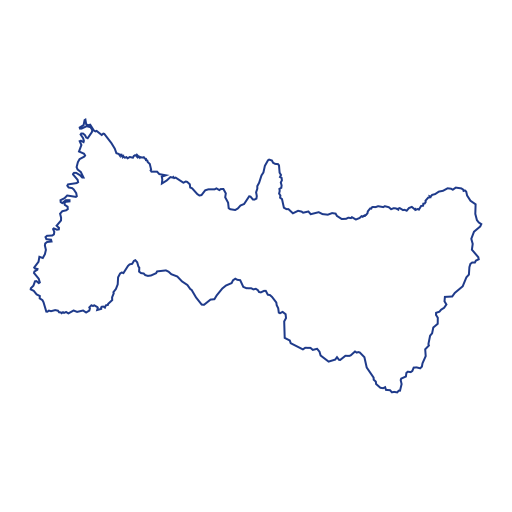 Buga, Valle del Cauca, Colombia (Robinson projection)
{"feature_id": "7082276B89105760254188", "entity_name": "Buga", "entity_type": "district", "adm_level": 2, "iso_a3": "COL", "parent_name": "Colombia", "parent_adm1": "Valle del Cauca", "projection": "robinson", "projection_center": [-76.07, 3.856], "detail": "fine", "context": "isolated", "style": "outline", "palette": "blue", "viewbox_px": 512, "rotation_deg": 0, "n_neighbors": 0, "source": "geoboundaries", "source_scale": "gbopen_adm2", "svg_char_len": 5986}
<svg xmlns="http://www.w3.org/2000/svg" viewBox="0 0 512 512"><path d="M422.5,363.3L425.7,356.1L425.2,349.3L428.9,345.5L428.4,344.1L430.1,335.7L432.1,333.3L433.3,327.5L437.7,323.8L437.8,317.8L436.0,314.9L436.1,312.8L439.4,311.7L441.1,309.7L444.1,307.8L446.4,304.5L444.5,301.3L444.9,296.9L452.2,296.5L454.8,292.9L462.7,286.3L466.4,277.3L468.9,274.6L469.4,267.1L470.4,263.9L472.2,262.5L474.9,262.5L475.9,260.6L478.7,259.3L478.3,257.2L471.9,249.7L472.7,243.9L471.3,238.8L474.0,231.7L480.2,226.5L481.3,224.1L478.8,222.5L476.9,220.1L475.3,213.9L475.6,204.3L470.5,200.8L467.1,195.5L466.2,191.6L465.0,190.5L463.6,190.9L463.3,189.7L461.3,188.4L455.8,187.6L452.8,189.7L451.0,188.7L447.6,188.3L443.0,190.8L438.9,191.6L435.1,194.1L432.1,194.9L430.7,196.6L429.8,196.3L430.2,197.3L428.2,197.6L425.5,200.7L425.7,202.0L424.7,203.5L423.3,203.7L423.1,205.7L421.1,206.0L418.9,209.6L417.9,209.0L415.5,209.9L415.3,209.0L414.7,209.3L411.8,206.9L409.0,208.0L406.7,210.7L404.5,209.8L403.0,210.1L399.7,208.1L398.3,208.6L398.2,209.6L395.9,208.4L393.7,208.2L391.1,209.2L388.8,207.2L384.8,206.2L383.3,207.1L378.1,206.2L375.7,207.1L372.7,207.0L371.7,207.5L371.3,208.6L370.1,208.5L367.8,211.4L367.5,213.2L366.0,215.0L364.7,215.3L364.7,216.0L363.3,216.0L362.7,216.8L361.5,216.2L359.6,218.0L355.9,219.5L351.9,217.2L351.0,218.1L348.3,217.7L346.1,218.8L341.7,219.0L336.9,215.9L335.6,213.6L332.1,213.1L327.8,214.7L322.5,214.1L318.7,212.2L310.7,214.2L308.4,211.5L303.1,212.7L301.6,211.6L298.1,210.8L292.9,213.3L288.4,209.1L286.4,209.1L283.9,207.7L282.0,199.1L280.1,197.7L280.4,195.5L279.1,193.6L279.7,190.9L279.4,188.9L281.3,187.8L281.6,185.4L280.8,182.5L281.9,180.3L281.6,177.9L280.0,177.0L281.0,175.0L279.6,172.7L279.0,165.4L278.0,164.1L275.2,163.9L273.1,162.8L271.9,160.5L269.1,159.6L268.0,160.3L264.9,165.8L263.4,172.5L261.5,175.4L259.1,182.8L257.3,186.1L257.3,188.7L256.1,192.3L256.8,196.1L256.4,198.6L254.4,199.6L252.9,199.5L250.5,196.6L249.2,196.3L244.1,204.0L240.5,205.5L237.8,208.5L235.2,210.0L230.2,209.2L228.7,208.2L228.1,202.7L225.2,197.3L225.8,193.4L223.4,189.0L220.6,189.1L219.4,190.1L216.4,188.4L214.7,189.3L208.5,189.3L205.2,190.3L201.5,195.1L199.4,195.5L197.3,194.1L192.1,188.3L190.2,187.5L189.8,184.3L187.2,181.9L185.8,181.5L183.4,182.7L175.6,177.6L174.2,178.1L173.3,177.0L172.8,177.6L170.4,177.1L166.7,180.5L161.9,183.5L162.3,179.6L161.8,176.7L165.8,175.3L159.3,174.1L157.1,171.7L151.5,171.7L150.6,170.4L151.1,169.5L149.8,164.0L147.7,162.0L147.3,160.5L146.0,160.2L145.9,158.8L144.6,158.5L143.8,157.2L142.1,157.6L140.6,157.1L139.9,157.8L139.0,156.6L137.7,157.5L136.8,156.5L138.0,156.0L136.9,154.8L136.5,155.5L135.1,155.2L133.8,156.0L132.9,157.7L129.8,157.0L127.6,158.3L126.4,157.1L124.9,157.7L123.6,156.6L123.1,157.0L123.1,155.8L121.9,156.2L121.5,154.7L120.0,154.7L119.9,155.6L118.8,154.0L116.4,153.2L114.8,148.7L111.4,143.1L104.3,133.9L103.3,133.6L101.7,135.0L96.6,130.9L95.5,131.4L93.9,130.6L90.2,124.7L88.1,125.2L86.2,124.3L85.4,119.6L84.6,120.1L83.6,125.1L79.7,127.5L80.0,128.6L81.5,128.6L86.7,126.2L90.5,127.2L92.3,130.0L91.9,132.1L87.7,138.2L86.2,137.5L85.0,135.2L83.1,133.6L81.3,133.5L80.6,134.5L83.1,138.1L83.9,140.9L83.5,142.1L80.9,140.7L79.7,141.2L81.4,145.0L79.0,151.5L84.0,153.7L85.1,155.5L84.3,156.6L79.6,159.1L77.9,162.1L76.6,167.1L77.6,169.5L80.8,172.0L83.5,177.5L82.2,177.5L80.0,175.2L76.2,172.9L74.0,172.9L73.2,173.7L73.0,174.4L77.6,179.8L78.1,182.2L76.6,183.1L68.0,184.4L67.3,185.7L68.6,187.5L72.1,188.1L73.7,189.4L76.2,193.1L76.8,196.2L75.9,196.9L67.2,195.5L64.5,198.2L60.5,200.2L60.7,202.1L62.3,203.1L65.8,200.2L69.5,200.2L69.5,201.4L65.8,201.8L64.3,203.2L64.8,204.9L67.6,206.7L67.8,209.1L66.2,210.3L62.3,211.2L60.1,213.7L61.1,217.8L61.0,220.5L56.6,225.7L59.0,227.9L58.8,229.4L56.9,229.7L53.8,228.4L53.1,229.1L54.3,231.9L53.9,234.4L52.3,235.5L47.0,235.8L45.5,237.1L46.4,239.2L51.0,239.7L51.5,241.5L47.1,242.0L45.2,243.5L44.9,245.5L45.9,249.9L44.9,254.2L42.8,258.0L39.4,256.8L38.5,261.8L34.2,267.5L34.8,268.4L37.5,269.0L37.3,269.8L34.4,271.5L34.0,273.0L38.7,278.7L39.8,282.4L38.8,283.1L36.4,281.1L35.0,281.3L33.4,285.7L30.9,288.2L30.7,289.4L33.7,290.8L36.6,294.4L39.8,296.0L39.7,298.4L42.4,300.1L43.5,302.2L46.3,311.6L47.4,311.7L48.9,310.6L51.0,311.2L55.2,310.1L58.0,310.7L59.1,312.3L60.8,312.4L61.6,313.2L63.0,312.2L64.0,312.9L66.1,312.0L68.4,313.4L73.6,310.5L77.1,311.9L83.1,310.5L86.1,312.5L89.3,310.6L89.9,308.6L89.3,307.4L91.4,305.3L93.0,306.0L94.2,305.3L97.4,307.1L97.8,307.8L97.2,310.0L101.2,308.9L101.2,307.3L101.9,306.7L103.5,306.6L104.9,307.6L105.8,305.4L107.9,304.9L108.1,303.9L112.2,300.1L112.1,297.3L113.7,293.4L113.4,292.2L115.9,289.0L117.7,284.4L118.1,277.3L120.1,273.5L121.8,272.5L123.4,273.1L128.0,265.9L129.6,264.4L132.2,263.8L133.9,260.9L135.3,260.2L137.2,262.3L138.4,266.5L139.3,267.7L139.1,271.6L141.0,273.1L143.7,273.5L145.2,275.1L147.9,275.9L151.0,275.5L156.1,273.2L157.1,271.4L165.9,270.4L168.6,271.7L171.3,274.2L177.3,276.5L182.0,281.4L187.4,285.0L190.3,289.1L191.6,289.9L196.0,297.4L201.7,304.6L204.0,304.8L210.5,299.6L214.4,299.2L216.7,295.4L222.3,288.5L226.0,285.5L231.6,283.1L233.0,280.3L235.3,278.7L237.3,279.8L240.2,280.2L243.3,286.9L246.4,288.2L251.3,288.3L253.4,289.4L255.8,288.8L257.9,290.2L259.0,292.0L260.8,292.4L264.0,290.9L265.8,290.9L267.8,294.7L270.0,295.1L272.1,297.0L276.3,302.5L276.7,305.2L278.2,308.2L278.8,312.6L280.0,313.2L282.6,311.9L285.6,314.2L286.0,318.1L284.2,321.4L284.7,337.9L289.8,340.5L290.7,343.2L302.9,349.4L305.2,347.8L310.5,347.9L312.8,349.9L317.1,348.8L319.5,351.7L320.6,355.5L328.6,361.6L335.2,359.6L337.0,357.2L339.0,359.8L340.1,360.0L345.4,355.8L349.4,355.9L350.8,355.3L355.0,351.5L356.7,352.6L358.3,352.1L359.8,352.5L364.4,357.2L366.7,367.5L373.6,377.6L373.7,379.7L375.8,381.6L376.1,384.0L380.4,387.8L383.2,388.2L385.1,387.2L386.0,389.9L390.0,390.2L391.9,392.3L394.2,391.9L397.2,392.4L398.7,390.7L400.0,390.7L401.6,384.1L400.7,380.1L401.2,378.6L405.9,376.5L406.4,372.9L407.8,371.7L410.7,372.1L412.3,371.0L413.7,367.6L416.6,367.4L420.2,368.3L421.9,366.6L422.5,363.3Z" fill="none" stroke="#1e3a8a" stroke-width="2"/></svg>